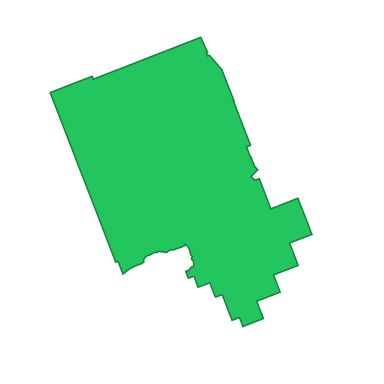 Three Springs, Western Australia, Australia (orthographic projection), rotated 69°
{"feature_id": "25037944B87416382826718", "entity_name": "Three Springs", "entity_type": "district", "adm_level": 2, "iso_a3": "AUS", "parent_name": "Australia", "parent_adm1": "Western Australia", "projection": "orthographic", "projection_center": [115.749, -29.514], "detail": "fine", "context": "isolated", "style": "filled", "palette": "green", "viewbox_px": 384, "rotation_deg": 69, "n_neighbors": 0, "source": "geoboundaries", "source_scale": "gbopen_adm2", "svg_char_len": 4970}
<svg xmlns="http://www.w3.org/2000/svg" viewBox="0 0 384 384"><g transform="rotate(69 192 192)"><path d="M335.8,192.8L335.8,185.5L335.8,181.4L335.8,173.0L335.7,170.7L331.2,170.6L326.5,170.7L324.2,170.7L317.1,170.7L317.2,161.6L317.1,158.9L317.2,154.4L317.1,151.4L317.1,145.6L303.2,145.6L298.6,145.6L298.6,141.7L298.6,119.2L274.5,119.2L274.6,117.4L274.6,111.8L274.6,111.5L274.6,95.2L274.4,95.3L274.2,95.3L269.6,95.3L269.4,95.2L244.3,95.3L244.2,95.4L237.7,95.4L236.7,95.4L235.8,95.3L235.8,99.5L235.9,115.1L236.0,115.2L236.0,121.1L235.9,121.1L235.9,124.4L234.3,124.4L228.9,124.4L224.4,124.4L219.4,124.4L216.7,124.4L214.6,124.4L213.7,124.4L208.1,124.4L205.7,124.4L203.7,124.4L203.6,127.6L203.6,128.7L198.9,131.6L198.4,130.5L196.5,126.4L194.8,122.6L194.5,122.9L190.9,124.1L190.9,124.4L181.1,124.4L181.5,124.9L169.4,124.9L169.4,120.5L165.9,120.6L165.7,120.6L152.6,120.7L152.4,120.7L152.0,120.7L138.1,120.7L137.8,120.7L122.5,120.7L122.5,120.1L112.1,120.2L88.4,120.3L70.5,126.8L70.5,128.8L67.5,128.8L67.5,127.4L50.7,128.4L51.3,243.7L50.5,243.8L48.2,243.7L48.2,267.3L48.4,288.8L50.4,288.8L51.0,288.8L109.7,288.6L132.0,288.6L145.6,288.5L179.7,288.4L230.2,288.4L230.2,285.9L236.3,285.9L243.9,285.9L243.7,285.3L243.7,285.1L243.6,284.8L243.6,284.6L243.5,284.2L243.4,283.7L243.3,283.4L243.2,283.4L243.1,283.2L243.0,282.8L242.9,282.5L242.8,282.4L242.6,282.1L242.5,281.8L242.5,281.6L242.4,281.3L242.4,281.1L242.3,280.9L242.2,280.8L242.2,280.6L242.0,280.2L242.0,279.7L241.9,279.6L241.9,279.4L241.8,279.2L241.7,278.9L241.6,278.6L241.6,278.4L241.6,278.2L241.5,277.9L241.5,277.7L241.4,277.3L241.3,277.0L241.2,276.8L241.2,276.7L241.1,276.4L241.1,276.1L241.0,275.8L241.1,275.5L241.1,275.4L241.1,275.2L241.1,274.9L241.1,274.4L241.1,273.9L241.1,273.7L241.0,273.4L240.9,273.2L240.8,272.7L240.7,272.3L240.6,271.9L240.6,271.5L240.6,271.4L240.6,271.0L240.6,270.6L240.7,270.2L240.8,270.0L240.8,269.8L240.8,269.6L240.7,269.2L240.7,268.9L240.8,268.6L240.7,268.3L240.7,268.1L240.7,267.8L240.7,267.7L240.7,267.4L240.7,266.9L240.7,266.7L240.7,266.4L240.8,266.2L240.9,265.9L240.8,265.6L240.8,265.4L240.7,264.9L240.6,264.7L240.5,264.4L240.5,264.2L240.4,264.2L240.3,263.8L240.3,263.7L240.3,263.4L240.4,263.2L240.5,262.9L240.5,262.6L240.5,262.4L240.4,262.3L240.2,262.2L239.6,262.0L239.5,261.9L239.1,261.8L238.9,261.7L238.4,261.5L238.1,261.3L237.9,261.2L237.7,261.1L237.5,260.8L237.4,260.7L237.2,260.5L237.0,260.1L236.9,260.0L236.8,259.9L236.7,259.7L236.5,259.4L236.3,259.1L236.0,258.4L235.9,258.1L235.8,257.7L235.6,257.0L235.6,256.7L235.5,256.2L235.6,255.9L235.6,255.6L235.6,255.2L235.6,254.7L235.7,254.4L235.8,254.0L235.7,253.7L235.6,253.4L235.6,253.1L235.6,252.9L235.6,252.7L235.6,252.4L235.5,252.2L235.3,251.6L235.3,251.4L235.3,251.1L235.3,250.8L235.3,250.6L235.1,250.1L235.1,249.7L235.1,249.4L235.4,247.9L235.5,247.6L235.7,246.9L236.0,246.0L236.0,245.7L235.8,245.3L235.3,245.1L235.2,244.9L235.2,244.6L235.2,244.3L235.3,244.1L235.4,243.9L235.6,243.8L236.0,243.4L236.3,243.1L236.5,242.8L236.7,242.1L236.8,241.9L237.0,241.5L237.1,241.3L237.1,241.2L237.3,240.8L237.6,240.4L237.8,240.2L238.1,239.7L238.4,239.2L238.5,239.1L238.6,238.9L238.7,238.7L239.0,238.0L239.2,237.7L239.3,237.4L239.3,237.2L239.3,236.9L239.3,236.6L239.2,236.4L239.1,236.1L239.0,235.9L238.9,235.7L238.8,235.3L238.6,234.8L238.5,234.5L238.4,234.4L238.4,234.2L238.3,233.9L238.3,233.7L238.3,233.3L238.3,232.9L238.4,232.7L238.5,232.5L238.8,231.8L238.9,231.7L239.0,231.4L239.1,231.2L239.2,230.9L239.3,230.7L239.3,230.4L239.4,230.2L239.4,229.9L239.4,229.7L239.4,229.1L239.4,228.8L239.4,228.7L239.4,228.4L239.4,227.9L239.4,227.6L239.4,227.3L239.4,227.0L239.4,226.6L239.4,226.4L239.4,226.1L239.4,225.9L239.4,225.5L239.5,225.2L239.6,224.5L239.6,224.4L239.6,224.2L239.6,223.8L239.6,223.6L239.5,223.1L239.6,222.8L239.6,222.4L239.6,222.1L239.6,221.8L239.6,221.7L239.6,221.4L239.7,221.2L239.7,220.9L239.7,220.7L239.7,220.4L239.6,220.0L239.5,219.9L239.5,219.6L239.5,219.3L239.5,219.2L239.4,219.1L239.4,218.6L239.4,218.3L239.4,218.2L239.2,218.0L239.1,217.9L238.5,217.4L238.3,217.2L238.1,217.1L238.1,216.9L238.3,216.8L238.7,216.8L239.7,216.6L240.4,215.9L241.7,215.3L242.5,215.1L243.5,214.9L245.4,215.0L248.1,215.6L249.5,215.3L250.1,215.4L250.5,215.6L251.4,215.2L251.9,214.8L252.4,214.5L252.8,215.1L253.2,215.8L253.3,216.0L253.5,216.1L253.8,216.3L254.0,216.5L254.5,216.5L254.7,216.4L255.0,216.3L256.7,215.8L257.4,215.7L257.7,215.6L258.1,215.7L258.3,215.7L258.6,215.8L258.8,215.9L260.0,216.3L260.4,216.5L260.7,216.6L261.2,217.0L261.7,217.2L261.9,217.3L262.0,217.5L262.2,217.9L262.2,218.1L262.1,218.4L262.0,218.7L261.9,218.9L261.8,219.1L261.8,219.4L261.8,219.6L261.9,219.9L262.0,220.1L263.1,221.5L263.3,221.8L263.5,222.1L263.5,222.3L263.6,222.6L263.9,223.7L264.0,224.1L264.0,224.3L264.0,224.5L263.9,224.7L263.8,225.6L263.7,226.3L270.3,226.3L271.2,226.4L271.2,220.4L283.1,220.4L283.1,207.9L298.1,207.9L298.6,207.5L298.6,200.6L326.2,200.6L326.2,192.7L328.2,192.7L329.6,192.7L333.1,192.7L335.8,192.8Z" fill="#22c55e" stroke="#15803d" stroke-width="1.5"/></g></svg>